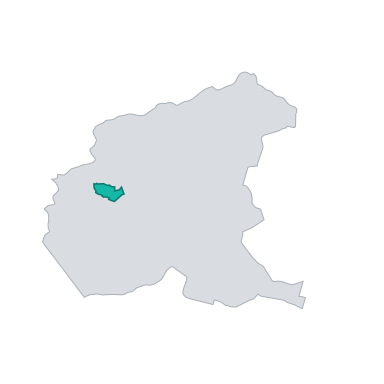 Mundri East, Western Equatoria, South Sudan (highlighted), rotated 106°
{"feature_id": "79223893B67918062022173", "entity_name": "Mundri East", "entity_type": "district", "adm_level": 2, "iso_a3": "SSD", "parent_name": "South Sudan", "parent_adm1": "Western Equatoria", "projection": "equal_earth", "projection_center": [30.696, 5.301], "detail": "fine", "context": "in_parent", "style": "filled", "palette": "teal", "viewbox_px": 384, "rotation_deg": 106, "n_neighbors": 0, "source": "geoboundaries", "source_scale": "gbopen_adm2", "svg_char_len": 4042}
<svg xmlns="http://www.w3.org/2000/svg" viewBox="0 0 384 384"><g transform="rotate(106 192 192)"><path d="M292.5,307.0L282.9,320.0L282.2,320.8L281.0,321.8L277.1,321.9L273.1,321.2L269.4,317.9L265.6,320.5L263.2,321.3L261.8,321.6L258.5,322.0L253.8,323.4L251.6,325.1L250.5,326.5L249.5,329.1L249.0,329.3L248.2,329.0L247.0,328.0L244.5,326.5L243.2,323.3L242.0,321.3L241.1,320.3L237.1,323.5L235.1,324.3L233.6,324.2L230.7,322.4L227.5,320.9L225.8,320.9L223.4,322.8L220.6,325.7L219.1,328.5L218.4,330.2L217.4,327.6L216.5,326.0L215.1,325.4L212.5,326.0L211.8,325.1L211.7,322.9L211.3,320.8L210.6,319.3L208.5,317.7L203.2,314.6L199.1,308.4L197.1,305.5L195.6,303.7L193.4,298.8L191.0,295.4L188.1,293.8L186.1,294.6L184.1,298.2L180.3,301.6L178.6,301.7L176.4,299.9L173.6,298.6L168.6,298.0L166.5,299.6L163.8,302.2L161.5,303.7L160.1,303.9L158.8,303.3L157.3,303.0L156.0,302.9L153.3,300.5L151.9,298.8L151.0,297.1L149.5,296.0L147.7,295.0L146.4,293.6L145.8,291.7L144.8,289.3L143.5,287.2L139.4,283.3L138.2,281.0L137.4,278.8L135.7,276.3L133.9,273.1L133.4,268.3L133.3,264.4L132.9,262.6L132.2,260.8L131.3,259.3L129.9,257.6L126.6,255.1L123.1,252.2L121.5,250.6L118.4,250.0L116.5,248.3L114.9,244.7L114.3,241.8L112.7,239.6L112.1,237.9L111.7,236.1L113.0,230.3L111.1,228.3L108.4,225.7L106.5,222.8L105.3,220.2L101.9,216.7L94.3,211.5L89.9,208.2L87.6,205.2L85.5,202.3L85.3,201.1L86.6,198.2L86.9,195.8L85.8,193.2L81.2,188.2L77.6,182.7L74.9,181.0L68.3,179.5L66.4,178.9L64.5,177.9L62.5,175.4L61.9,172.5L62.9,167.8L62.3,166.4L61.1,166.0L61.5,165.0L62.7,162.8L64.8,161.3L70.2,159.0L70.5,158.1L70.7,155.2L71.1,153.8L73.0,149.8L73.3,148.2L73.4,144.7L73.6,143.1L74.2,142.0L75.7,140.0L76.2,138.8L76.5,136.1L76.3,130.9L77.1,128.9L80.6,124.2L81.5,122.1L81.8,120.2L81.8,118.3L82.0,116.4L83.1,114.6L83.9,114.0L86.5,113.4L88.2,113.8L100.2,110.6L101.6,111.0L102.2,112.9L102.2,115.9L102.4,117.4L103.0,118.5L104.9,119.9L106.2,122.4L106.9,123.2L108.9,124.9L117.8,138.8L120.3,140.1L122.7,139.6L127.6,136.8L130.0,136.0L147.1,136.8L149.0,136.4L149.1,136.5L151.7,143.5L152.9,145.0L171.6,145.1L171.2,143.1L171.5,140.9L174.8,136.6L175.2,136.1L178.1,134.1L180.9,132.7L186.4,131.1L188.3,128.6L189.4,126.3L189.5,121.8L190.2,121.0L191.5,120.0L197.7,115.9L198.8,115.1L209.9,124.5L216.1,132.0L216.4,132.3L216.8,132.5L217.1,132.2L217.4,131.9L218.1,131.5L220.8,131.4L225.8,131.1L227.5,130.2L237.5,116.8L240.1,112.6L240.7,111.7L242.2,108.7L243.7,103.5L244.0,102.9L255.1,90.5L255.4,89.5L255.5,88.7L253.9,84.5L253.5,82.4L253.4,79.1L253.7,74.0L253.6,70.8L253.5,69.9L253.4,69.7L247.2,60.6L262.8,60.5L262.8,59.3L262.7,58.9L262.4,57.8L262.3,56.4L262.3,55.6L262.4,54.8L262.4,54.4L262.3,54.0L262.3,53.9L273.6,53.9L273.4,56.5L272.1,62.6L272.1,66.3L271.8,70.4L271.4,71.7L270.9,72.7L270.7,73.2L270.7,73.6L273.1,97.0L272.9,98.0L272.3,99.4L272.1,99.9L272.1,100.3L272.3,100.5L277.5,103.1L277.9,103.4L279.8,106.4L290.0,117.5L290.4,118.1L291.4,121.6L291.5,122.1L291.6,123.0L291.6,123.6L291.3,125.7L291.4,126.6L291.6,127.3L291.7,128.0L291.6,128.7L290.1,132.7L289.6,135.6L289.5,138.0L289.6,139.4L289.8,140.3L289.9,140.7L290.1,140.8L294.4,140.8L294.4,142.1L295.1,163.3L295.1,165.7L294.9,168.7L294.4,169.8L293.2,171.5L291.6,173.0L287.7,173.4L284.4,173.4L282.0,173.0L278.8,172.9L275.8,173.2L274.7,174.5L270.8,185.8L269.5,188.6L269.2,190.3L269.6,191.2L271.1,192.7L274.6,194.7L278.5,195.8L281.4,196.3L283.4,196.9L284.9,197.5L290.5,202.6L292.3,205.0L293.3,207.1L293.5,209.4L294.3,211.6L299.4,218.7L304.3,222.0L306.1,225.8L307.9,227.6L309.6,229.6L310.5,232.5L312.6,241.0L314.1,245.4L315.5,249.1L316.1,255.0L317.3,257.7L318.4,260.9L320.4,263.8L322.5,266.0L322.9,266.6L302.0,294.3L292.5,307.0Z" fill="#d9dde1" stroke="#a8b0b8" stroke-width="1"/><path d="M220.4,270.0L222.1,270.0L222.6,264.0L214.1,258.6L212.7,256.8L206.7,261.1L209.9,262.5L212.3,266.6L208.4,267.7L209.0,270.6L208.1,273.6L209.0,275.0L208.4,279.4L210.3,285.0L210.0,286.2L210.7,286.5L211.3,288.6L215.2,287.1L217.6,284.5L219.0,284.5L220.1,281.2L219.7,279.6L220.0,277.4L220.7,277.4L221.3,275.7L220.6,274.1L220.4,270.0Z" fill="#14b8a6" stroke="#0f766e" stroke-width="1.5"/></g></svg>